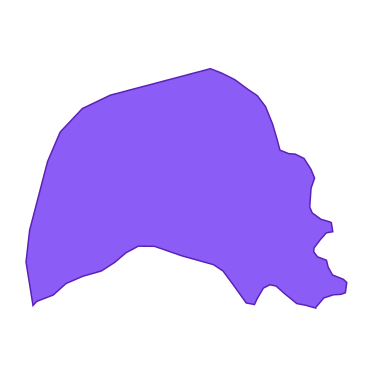 map outline of Tetovo (Albers equal-area conic projection), rotated 4°
{"feature_id": "MKD-2958", "entity_name": "Tetovo", "entity_type": "Statistical Region", "adm_level": 1, "iso_a3": "MKD", "parent_name": "North Macedonia", "parent_adm1": "", "projection": "albers", "projection_center": [20.942, 42.029], "detail": "fine", "context": "isolated", "style": "filled", "palette": "violet", "viewbox_px": 384, "rotation_deg": 4, "n_neighbors": 0, "source": "natural_earth", "source_scale": "10m", "svg_char_len": 981}
<svg xmlns="http://www.w3.org/2000/svg" viewBox="0 0 384 384"><g transform="rotate(4 192 192)"><path d="M76.8,116.4L103.7,101.1L201.8,67.7L213.8,71.5L227.1,77.1L240.4,85.6L250.3,91.3L259.4,101.7L267.7,118.7L273.3,133.8L276.8,144.1L285.9,147.0L292.3,147.0L301.4,150.7L309.1,161.1L313.3,169.6L310.5,180.0L310.5,188.5L310.5,198.8L313.4,204.5L322.5,210.2L330.8,212.0L333.1,212.8L335.2,221.8L328.8,223.4L323.1,230.9L317.6,239.4L317.6,243.2L321.7,247.9L330.9,250.7L333.0,257.3L337.9,264.9L349.2,268.6L352.7,271.5L352.0,281.8L347.8,283.7L340.1,284.7L330.9,288.5L323.2,298.9L323.3,299.1L312.7,297.0L304.3,296.0L291.0,286.6L282.5,280.0L276.2,279.1L269.9,282.9L264.3,294.2L262.2,299.9L258.1,299.4L253.8,298.9L239.8,281.9L228.5,268.7L218.6,263.0L186.4,256.4L158.3,248.8L142.2,249.8L130.3,257.3L119.7,267.7L107.1,277.1L88.9,283.7L72.7,292.1L60.8,304.4L44.7,312.0L41.3,316.3L31.3,273.4L32.7,241.3L45.8,171.7L56.3,141.4L76.8,116.4Z" fill="#8b5cf6" stroke="#5b21b6" stroke-width="1.5"/></g></svg>